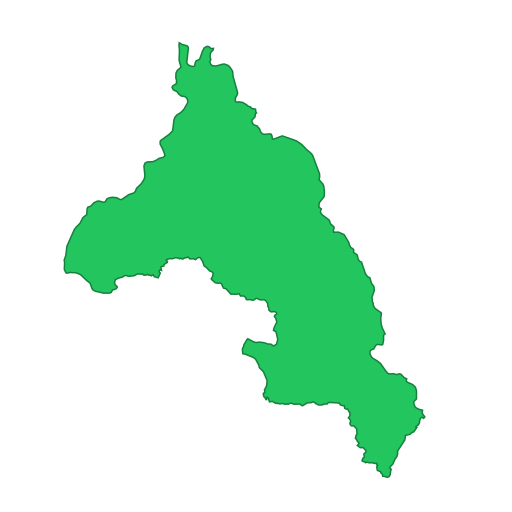 Norcasia, Caldas, Colombia, rotated 278°
{"feature_id": "7082276B5285222782638", "entity_name": "Norcasia", "entity_type": "district", "adm_level": 2, "iso_a3": "COL", "parent_name": "Colombia", "parent_adm1": "Caldas", "projection": "orthographic", "projection_center": [-74.881, 5.638], "detail": "fine", "context": "isolated", "style": "filled", "palette": "green", "viewbox_px": 512, "rotation_deg": 278, "n_neighbors": 0, "source": "geoboundaries", "source_scale": "gbopen_adm2", "svg_char_len": 6095}
<svg xmlns="http://www.w3.org/2000/svg" viewBox="0 0 512 512"><g transform="rotate(278 256 256)"><path d="M213.6,69.6L212.6,70.7L213.8,74.2L214.3,80.2L213.2,84.7L208.0,92.0L205.9,95.6L200.9,98.1L199.6,99.5L198.8,101.6L198.0,110.3L199.0,116.6L199.8,117.7L202.3,118.6L204.0,122.0L205.5,122.9L206.3,122.8L207.9,120.7L209.4,119.7L213.0,119.9L215.4,123.8L216.4,126.6L218.2,128.5L218.6,130.6L218.1,132.6L218.6,134.6L219.6,138.3L221.8,141.2L222.0,144.8L222.6,146.1L221.5,147.2L221.4,148.2L222.1,150.4L222.7,150.9L222.1,152.5L222.2,153.8L221.8,155.2L222.9,156.2L223.0,156.8L221.3,158.2L220.8,162.2L225.8,163.6L226.5,162.4L227.9,162.2L229.0,163.1L228.6,164.4L231.6,163.4L232.3,163.6L233.2,166.1L234.3,166.1L235.8,167.2L237.2,169.0L238.2,169.1L239.4,167.6L239.9,167.8L241.3,170.6L241.6,173.5L243.2,176.7L243.1,179.4L242.6,180.7L243.4,182.1L242.8,182.9L242.8,184.0L244.3,185.6L244.4,186.9L245.6,188.7L243.9,190.9L244.6,194.5L244.0,196.7L246.1,198.4L246.8,200.7L243.3,203.8L238.8,206.1L237.8,208.4L234.7,212.2L234.3,214.4L233.0,216.0L229.9,215.9L227.1,214.8L226.3,215.6L223.8,219.5L223.7,222.4L224.2,223.7L223.9,225.5L219.7,228.2L219.3,231.0L214.7,236.4L215.5,242.4L216.3,244.7L214.2,246.2L214.7,248.9L214.4,250.2L213.3,251.6L211.7,252.3L211.4,253.2L212.0,256.0L211.7,258.7L212.3,260.3L214.0,261.9L214.1,263.4L213.1,266.0L213.8,270.3L213.1,271.9L210.5,274.2L208.0,274.6L206.1,276.0L204.2,276.3L203.0,278.1L202.8,279.2L203.5,281.8L203.2,283.4L202.4,284.3L201.3,284.6L200.0,282.9L198.8,282.6L196.6,284.4L193.6,285.8L187.2,283.8L184.8,283.6L183.8,286.3L177.1,288.9L175.4,289.1L171.2,288.4L169.4,285.8L170.8,283.0L170.5,280.2L171.3,275.5L171.2,271.2L170.3,268.0L170.7,265.5L172.9,259.4L171.9,258.6L166.2,256.3L164.3,256.3L163.0,255.6L161.6,255.5L157.4,256.5L157.3,259.0L155.1,267.7L153.7,270.0L148.1,274.1L145.9,274.8L142.5,279.4L134.3,284.3L129.0,284.6L124.6,283.0L122.0,283.8L121.2,282.5L120.2,282.4L117.9,283.3L116.6,285.0L115.2,285.8L115.3,286.6L117.1,286.3L117.7,287.0L116.8,288.1L113.4,289.6L114.3,292.5L112.8,295.9L113.3,296.9L112.8,297.9L113.2,299.2L112.8,300.2L113.6,302.6L113.2,306.0L114.0,307.1L113.5,308.4L114.8,309.9L115.1,311.5L114.5,314.3L115.5,319.8L114.3,322.1L114.3,323.2L117.7,327.2L118.5,331.2L119.6,332.7L118.5,335.6L118.0,335.9L118.1,336.7L117.4,337.6L117.2,339.5L117.7,342.1L119.1,345.0L119.3,347.0L121.0,348.1L121.3,350.4L121.9,357.5L121.6,359.3L120.3,360.2L119.9,362.0L120.1,364.1L117.4,365.2L117.0,366.1L117.1,368.2L115.0,369.5L113.7,371.0L112.3,370.9L111.6,371.5L108.4,370.0L107.9,371.2L106.5,372.3L104.9,372.7L103.7,372.2L102.4,372.6L101.1,373.9L101.3,376.6L98.6,379.9L95.4,380.4L94.4,380.9L92.0,380.0L89.3,379.8L87.5,381.8L86.6,382.1L85.0,384.2L82.4,382.7L80.7,386.0L81.2,388.8L78.5,392.0L77.4,392.2L74.9,390.3L72.0,391.3L70.6,390.0L68.2,389.5L67.6,389.9L67.3,392.0L66.6,393.3L67.3,395.0L66.9,396.9L67.4,399.4L67.1,403.0L67.5,404.4L65.9,404.7L65.6,405.7L63.8,404.9L60.6,406.0L59.7,409.5L58.6,409.8L57.8,411.3L55.5,412.2L55.7,413.5L55.1,416.7L56.0,418.5L57.9,419.3L62.6,419.3L63.6,419.7L64.7,417.9L65.2,417.8L69.1,420.5L74.3,422.0L76.9,423.4L80.3,423.8L82.4,423.3L94.5,429.0L99.1,429.0L100.9,433.4L102.8,434.9L103.9,436.8L108.6,439.1L108.8,438.2L109.4,438.1L111.4,440.3L113.5,441.1L115.9,441.0L118.1,441.4L119.4,442.8L118.6,444.6L119.8,445.4L120.6,445.4L121.3,444.3L123.6,442.4L126.5,442.4L126.9,438.5L127.9,435.8L128.9,434.4L132.1,432.7L134.0,432.7L136.7,434.8L144.9,433.7L148.3,432.1L150.5,429.0L152.3,422.9L153.5,422.1L155.4,422.3L156.2,419.7L159.2,415.8L159.3,414.4L158.1,411.6L158.6,408.2L157.9,405.6L157.9,403.3L160.4,400.3L166.8,394.4L168.9,390.9L171.3,385.2L174.6,382.6L177.5,382.1L178.8,382.9L180.4,385.6L184.0,386.9L185.3,388.4L185.5,393.2L186.1,393.8L190.3,394.1L194.9,393.4L196.3,393.9L196.8,394.7L202.4,391.0L206.0,389.4L211.5,388.2L216.6,388.2L217.3,387.7L220.7,381.1L223.7,378.9L225.6,378.6L227.4,377.4L229.3,377.3L230.9,376.5L238.5,378.0L242.4,376.9L244.7,374.4L250.4,371.7L251.1,369.3L253.9,366.7L264.6,361.4L265.2,359.5L266.6,357.9L271.2,356.0L273.2,352.1L275.7,351.9L276.7,350.9L277.6,348.7L279.9,347.0L282.2,346.1L289.4,340.3L291.1,334.6L290.4,329.5L292.3,329.0L294.6,329.5L296.0,328.8L298.2,325.3L301.7,323.6L305.9,316.0L307.7,314.0L309.2,313.6L311.8,314.1L313.0,311.6L316.0,311.2L317.8,311.4L324.3,315.2L329.4,314.8L334.8,313.3L336.7,312.1L340.4,307.7L343.1,308.1L346.2,307.5L363.5,298.1L365.1,296.6L368.6,291.1L372.8,285.8L375.7,279.8L378.6,265.3L374.3,257.4L374.2,256.0L377.4,255.0L378.8,254.0L378.8,252.3L377.7,247.6L377.8,245.5L379.5,243.3L382.3,241.9L385.0,238.9L385.4,236.4L386.3,234.6L388.6,233.3L390.1,233.1L393.4,235.6L397.2,235.7L397.7,236.6L399.2,235.6L401.4,235.1L401.5,231.2L402.9,229.7L403.2,227.5L404.5,225.5L406.2,221.5L406.3,217.6L405.6,215.5L406.1,214.1L409.5,213.6L413.5,215.1L415.4,215.0L430.4,208.4L435.7,207.1L438.9,204.4L440.8,202.0L441.7,198.1L441.3,196.2L438.5,189.8L438.4,186.3L439.5,184.6L441.7,183.2L444.2,183.9L447.3,182.7L449.9,182.7L451.7,183.1L454.0,184.9L455.7,185.0L455.1,182.7L456.6,180.5L456.9,179.1L456.7,178.2L454.9,175.7L451.4,174.5L443.8,173.0L442.3,172.0L441.0,169.6L438.9,168.9L435.6,168.8L434.9,167.7L435.0,164.5L436.1,161.9L437.9,160.5L452.6,160.1L453.7,159.6L454.6,158.4L455.2,153.3L456.5,150.3L454.1,150.4L448.7,151.6L439.0,152.6L432.9,155.3L431.3,154.5L429.0,152.3L426.0,151.3L421.3,151.8L418.7,152.9L415.7,153.2L412.7,149.7L411.3,149.4L409.0,151.0L407.8,154.9L405.6,156.9L404.0,159.8L404.0,163.1L403.0,165.3L400.6,166.7L399.1,166.9L398.0,166.9L391.1,164.1L387.5,161.5L384.6,157.9L382.1,156.4L379.5,155.8L368.3,156.0L364.4,153.1L357.3,145.7L356.2,145.1L353.5,145.5L348.8,148.8L344.4,151.2L342.4,151.8L340.7,150.2L339.2,146.4L336.6,143.4L335.1,140.8L334.0,135.2L332.5,133.1L329.5,132.5L320.0,134.8L316.7,134.6L311.7,132.4L306.5,128.3L303.5,127.6L301.6,126.5L299.1,121.5L293.2,115.0L293.0,113.3L294.3,110.3L294.2,105.7L293.2,102.5L291.7,100.3L289.0,99.3L288.0,98.1L288.6,92.8L288.1,91.0L286.0,87.9L282.4,85.5L280.9,82.6L279.2,82.2L273.4,82.6L270.0,79.3L263.8,77.1L259.6,73.9L256.6,72.3L239.5,67.4L230.1,67.6L225.3,66.6L222.6,67.4L216.2,68.0L213.6,69.6Z" fill="#22c55e" stroke="#15803d" stroke-width="1.5"/></g></svg>